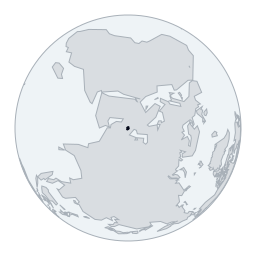 Qom highlighted on a globe, orthographic projection, rotated 125°
{"feature_id": "IRN-3232", "entity_name": "Qom", "entity_type": "Province", "adm_level": 1, "iso_a3": "IRN", "parent_name": "Iran", "parent_adm1": "", "projection": "orthographic", "projection_center": [50.771, 34.662], "detail": "fine", "context": "on_globe", "style": "filled", "palette": "ink", "viewbox_px": 256, "rotation_deg": 125, "n_neighbors": 0, "source": "natural_earth", "source_scale": "10m", "svg_char_len": 10525}
<svg xmlns="http://www.w3.org/2000/svg" viewBox="0 0 256 256"><g transform="rotate(125 128 128)"><circle cx="128" cy="128" r="113" fill="#eef3f6" stroke="#a8b0b8"/><path d="M130.2,15.4L133.0,15.6L144.8,17.4L150.1,18.1L147.7,18.1L158.7,19.9L166.1,22.3L156.8,19.6L155.1,19.4L159.7,20.8L158.9,21.0L160.7,21.9L159.4,22.0L154.0,20.8L153.1,20.9L156.4,22.0L157.1,23.0L152.5,21.4L153.3,23.1L144.5,22.0L133.1,18.7L127.3,19.3L112.9,19.4L113.3,19.9L108.0,20.8L106.5,21.8L104.3,21.8L104.9,22.7L107.2,22.5L108.3,22.9L107.6,23.6L104.7,23.7L104.6,23.3L103.3,23.7L102.2,23.5L102.4,24.0L98.9,24.1L101.2,25.1L97.5,26.1L95.5,25.9L97.2,24.5L96.6,21.5L95.1,21.4L91.2,22.4L81.0,27.0L78.7,27.7L74.5,29.6L75.1,29.7L78.5,28.3L78.6,29.3L82.8,27.7L83.5,28.0L87.3,27.3L85.1,29.0L81.0,31.3L77.7,32.1L75.8,33.2L77.6,33.9L70.3,37.3L63.4,42.8L61.7,43.7L60.7,42.2L63.9,38.1L62.5,37.3L61.8,39.6L57.5,42.2L56.2,43.5L55.4,44.6L56.4,44.4L54.6,45.8L54.7,43.7L56.3,42.4L56.3,43.0L57.8,41.2L57.8,40.3L55.6,42.0L57.5,40.2L64.5,35.0L71.9,30.3L79.6,26.3L87.6,22.9L95.8,20.1L104.3,17.9L112.8,16.4L121.5,15.5L130.2,15.4ZM16.1,140.6L16.1,141.3L16.2,141.8L16.1,140.6ZM154.0,18.8L151.5,18.2L154.2,18.8L154.0,18.8ZM161.2,22.0L162.1,22.2L162.6,22.6L161.2,22.0ZM88.2,26.4L87.7,26.8L87.3,26.7L88.2,26.4ZM90.3,25.8L90.1,25.4L91.0,25.0L90.3,25.8ZM161.1,23.3L161.6,24.0L160.2,23.0L161.1,23.3ZM90.3,26.4L92.7,24.4L94.4,23.8L96.2,24.4L90.3,26.4ZM161.3,24.3L162.7,26.4L164.9,26.9L159.3,27.0L160.0,25.0L157.9,23.6L160.1,24.4L161.3,24.3ZM108.3,22.2L105.8,22.4L108.5,21.6L108.3,22.2ZM109.8,21.6L116.7,19.2L120.0,19.5L117.1,20.1L121.9,20.1L120.2,21.4L117.1,21.7L115.3,21.2L116.0,22.1L109.8,21.6ZM156.0,26.8L155.6,27.3L155.0,26.6L156.0,26.8ZM109.0,23.1L110.0,22.5L113.0,22.6L111.4,23.8L110.9,23.4L109.0,23.1ZM124.1,19.6L126.0,20.0L125.1,21.2L125.7,21.5L120.4,21.5L124.1,19.6ZM109.9,23.7L110.5,24.5L108.4,25.1L108.1,23.7L109.9,23.7ZM114.5,22.1L115.8,22.3L114.6,22.6L114.5,22.1ZM101.4,28.1L102.7,27.2L104.4,27.1L101.4,28.1ZM110.8,24.8L111.5,24.5L112.3,24.5L112.2,25.1L110.8,24.8ZM120.1,22.3L119.4,22.8L122.3,22.4L121.7,23.4L118.3,23.2L119.5,23.7L119.3,24.0L116.7,23.6L120.1,22.3ZM114.6,25.7L110.0,26.1L107.3,27.7L105.8,27.7L110.3,25.2L114.6,25.7ZM116.1,24.4L114.8,25.2L113.5,24.8L113.6,24.0L116.1,24.4ZM122.6,24.1L124.3,22.7L125.0,22.8L122.6,24.1ZM114.0,26.2L115.1,26.1L114.0,26.3L114.0,26.2ZM120.2,24.8L120.7,24.2L121.5,24.4L120.2,24.8ZM116.9,26.5L115.5,26.5L115.5,26.0L116.9,26.5ZM118.6,25.8L119.6,26.1L116.4,25.7L118.8,25.5L118.6,25.8ZM120.9,25.0L121.5,24.9L120.5,25.2L120.9,25.0ZM117.7,28.6L113.7,28.3L113.7,27.1L117.6,27.5L117.7,28.6ZM28.8,146.3L26.7,127.3L29.5,123.1L31.3,116.0L51.6,102.4L54.5,106.2L68.9,110.1L70.5,111.8L67.3,117.0L76.9,128.4L81.8,124.7L92.0,131.5L99.8,132.9L105.2,122.4L92.5,119.9L91.8,114.1L103.2,111.4L114.5,113.9L114.6,111.7L108.7,106.0L112.6,102.5L106.8,103.7L108.2,106.1L104.6,107.0L103.1,104.9L104.5,103.7L101.5,102.1L95.5,108.7L96.2,112.0L87.5,111.2L87.9,116.7L85.1,118.4L83.3,109.9L84.4,107.2L80.0,97.1L78.0,99.7L82.0,109.6L80.2,108.4L77.5,112.5L78.1,108.4L74.2,97.3L67.2,96.2L55.9,103.6L52.3,102.5L50.2,98.3L56.6,88.1L64.0,91.9L66.4,88.7L66.8,82.5L69.0,84.3L70.1,82.3L73.1,83.6L79.3,80.6L82.6,81.5L86.9,76.0L89.2,75.8L86.0,79.0L85.6,81.9L94.1,84.6L96.3,83.8L98.4,80.1L100.5,81.4L101.4,77.6L107.2,77.5L100.9,74.5L103.2,70.5L107.7,68.3L107.3,66.6L100.0,70.3L98.1,72.3L98.2,74.8L92.1,80.4L88.7,80.5L90.9,73.0L86.4,72.5L90.1,67.2L107.6,59.9L114.0,59.4L120.7,66.6L118.2,68.8L114.5,67.2L116.2,72.3L116.9,70.1L118.6,71.4L121.2,68.3L122.6,69.1L122.8,65.0L124.7,65.6L124.6,68.2L130.1,64.7L134.6,65.3L135.2,64.2L134.6,62.8L140.8,64.8L141.0,63.9L139.0,62.8L138.0,60.4L138.8,57.0L140.9,57.9L140.9,59.2L144.1,63.6L143.9,67.3L144.8,67.3L145.5,64.3L141.6,59.0L141.5,56.8L143.7,59.0L142.9,58.0L143.5,57.2L146.0,57.3L143.7,54.8L147.3,45.6L152.6,45.2L154.2,48.0L158.9,43.5L164.6,44.0L162.7,42.9L163.8,40.5L162.0,40.2L161.2,39.6L163.1,33.9L165.1,33.5L163.9,30.5L162.9,30.0L161.3,30.1L159.3,27.0L164.9,26.9L166.8,27.9L169.0,27.4L172.9,29.9L177.2,32.0L180.1,35.4L183.3,37.0L183.8,36.7L188.4,38.8L196.1,44.9L187.6,41.3L175.5,33.9L180.3,36.9L178.5,36.7L179.8,38.2L183.2,40.5L184.0,40.4L185.9,47.7L192.7,56.0L193.9,53.4L197.0,54.3L205.7,63.0L212.3,80.0L216.5,82.6L218.3,85.4L218.1,88.7L215.4,84.7L213.2,84.8L211.7,82.2L210.5,86.6L208.4,83.1L208.5,88.6L211.0,90.6L212.8,87.7L213.9,94.3L218.7,96.9L221.8,102.6L222.2,117.0L218.8,124.0L219.2,126.1L216.5,125.5L215.0,131.2L221.5,139.0L222.0,142.1L218.5,151.0L218.1,148.9L211.1,147.1L211.2,155.1L216.6,158.2L218.5,164.0L215.0,164.1L212.9,159.1L210.4,158.3L210.0,151.6L206.0,143.3L202.4,147.1L201.7,143.1L195.7,137.0L189.9,142.1L181.4,156.2L181.9,166.4L178.2,171.8L169.9,159.3L167.1,149.6L163.5,151.3L155.4,143.9L139.7,145.1L138.0,142.5L134.9,143.9L129.3,141.3L126.9,136.9L123.2,137.1L129.8,148.8L133.8,148.5L137.8,143.9L138.9,148.0L144.4,151.4L136.4,161.6L114.1,169.7L112.8,162.0L100.4,138.7L101.2,136.3L101.2,136.0L101.1,135.5L99.1,139.3L97.2,134.6L102.9,151.0L103.5,157.5L113.7,170.2L112.5,171.3L116.1,173.8L128.7,171.4L128.5,173.9L122.1,185.0L105.5,198.1L108.2,207.2L107.9,214.2L98.8,217.3L100.9,222.3L96.3,223.0L96.8,225.5L93.9,227.2L88.5,227.9L78.1,224.8L76.4,222.6L69.7,216.6L59.9,202.2L61.5,197.3L60.1,192.0L52.7,177.4L54.2,171.3L52.5,167.5L48.7,166.4L46.9,161.8L44.7,160.4L32.0,154.1L28.8,146.3ZM43.0,111.8L42.1,113.8L43.0,111.8ZM125.6,122.2L132.9,122.9L131.2,115.8L133.9,115.5L132.3,113.3L131.0,115.3L127.4,109.2L131.1,107.3L131.1,104.2L128.6,103.8L122.3,108.4L127.4,117.0L125.1,119.8L125.6,122.2ZM57.5,42.3L57.5,42.5L56.4,43.8L56.3,43.5L57.5,42.3ZM55.8,47.9L52.9,50.1L54.9,48.3L54.1,48.2L57.1,44.4L61.0,44.0L58.7,44.7L55.8,47.9ZM62.3,39.7L59.9,41.9L62.4,39.5L62.3,39.7ZM73.2,71.2L73.6,73.1L71.5,74.9L67.3,74.5L70.2,71.8L73.2,71.2ZM74.6,75.4L77.9,68.4L80.7,68.6L78.6,69.6L80.1,70.4L77.1,72.3L76.5,79.7L74.6,81.8L67.8,79.5L71.0,78.9L70.5,77.0L74.6,75.4ZM81.6,52.7L83.1,50.4L87.1,53.8L85.3,55.6L80.9,55.1L80.6,52.7L81.6,52.7ZM93.0,28.0L93.3,27.4L94.2,27.3L94.6,27.8L93.0,28.0ZM101.9,27.7L92.6,30.8L92.4,30.2L87.1,33.1L84.7,32.7L88.3,30.8L82.4,32.8L84.7,30.9L80.7,32.6L88.8,28.3L90.6,26.9L89.5,28.6L91.7,28.9L93.2,28.6L98.6,27.0L103.4,24.4L106.4,24.6L107.1,25.4L106.4,26.0L104.7,25.7L105.0,26.8L102.0,26.8L101.9,27.7ZM114.5,38.7L112.8,37.3L112.8,40.8L109.9,40.3L110.0,40.7L107.3,41.3L104.3,42.8L103.2,42.3L102.5,43.2L100.6,43.7L99.3,44.7L96.8,44.2L95.0,45.5L94.9,44.6L92.4,46.9L93.1,45.0L90.9,45.6L91.4,47.2L81.2,43.5L76.4,43.8L72.0,45.4L73.8,42.2L79.1,38.9L85.8,36.3L90.1,36.5L90.2,35.2L92.3,35.0L91.4,36.1L94.0,34.3L95.5,34.5L101.4,33.0L104.3,30.5L106.6,30.1L106.2,31.1L108.7,29.9L109.4,31.7L111.1,31.4L113.4,33.1L111.7,35.5L113.7,35.0L115.6,36.4L114.5,38.7ZM118.3,29.1L116.9,31.8L114.7,33.0L111.5,29.7L109.9,29.7L107.8,27.9L111.2,26.4L111.4,27.0L112.5,27.3L111.0,27.6L113.0,27.5L113.5,28.4L115.2,28.7L114.3,29.4L118.3,29.1ZM73.2,110.4L74.6,111.2L76.9,111.8L75.3,114.5L73.2,110.4ZM70.4,102.9L71.8,103.0L70.6,106.9L69.2,106.2L70.4,102.9ZM73.6,100.0L72.0,102.7L72.0,100.8L73.6,100.0ZM87.4,79.0L89.0,79.1L88.8,80.0L87.4,81.1L87.4,79.0ZM113.8,50.0L113.2,48.8L113.9,48.5L114.9,45.6L117.2,45.9L117.5,47.8L113.8,50.0ZM102.5,124.0L99.7,125.7L98.7,124.4L99.9,124.1L102.5,124.0ZM86.4,120.3L89.6,122.6L85.9,121.0L86.4,120.3ZM116.4,49.8L116.5,48.6L117.6,49.5L116.4,49.8ZM118.9,46.1L120.3,46.9L117.6,45.7L118.9,46.1ZM151.2,237.8L152.3,237.7L150.4,238.1L151.2,237.8ZM127.4,214.1L121.5,225.0L116.0,224.8L114.3,221.7L116.1,215.0L122.2,213.3L125.0,210.0L127.4,214.1ZM231.1,166.8L232.3,165.6L232.1,166.1L231.1,166.8ZM230.0,167.1L231.5,165.4L229.6,168.3L230.0,167.1ZM232.0,164.7L233.5,162.0L234.1,160.5L233.9,161.5L232.0,164.7ZM228.9,168.3L222.1,174.6L219.2,175.9L220.1,173.8L224.9,170.3L228.9,168.3ZM219.8,174.0L215.0,173.1L206.6,164.6L209.7,163.3L218.0,166.3L217.6,168.0L220.5,169.3L219.8,174.0ZM230.7,156.7L230.1,161.1L226.6,164.3L224.9,165.3L223.7,161.1L224.4,157.8L225.9,156.6L230.4,142.3L232.3,142.7L231.2,148.2L232.6,150.3L230.7,156.7ZM182.4,167.2L185.4,172.2L183.3,173.8L182.4,167.2ZM231.3,133.7L230.1,139.9L230.9,132.5L231.3,133.7ZM231.2,127.4L231.8,129.3L230.6,128.2L231.2,127.4ZM220.0,129.1L218.5,130.9L218.0,129.4L219.6,126.3L220.0,129.1ZM224.1,107.5L225.8,111.9L226.1,113.7L224.6,111.7L224.1,107.5ZM136.0,52.6L132.1,56.0L130.8,59.0L132.4,61.6L128.4,59.7L130.5,54.9L136.0,52.6ZM145.7,46.3L144.3,44.4L146.0,44.4L146.5,44.8L145.7,46.3ZM144.1,45.7L140.3,44.8L140.2,43.3L143.2,44.2L144.1,45.7ZM128.2,46.9L126.9,47.9L126.1,47.0L128.2,46.9ZM214.8,199.8L217.8,195.3L218.3,194.7L220.7,190.3L227.7,179.8L233.4,166.9L234.8,163.9L237.3,155.1L237.4,154.7L235.1,162.8L232.2,170.8L228.7,178.5L224.6,186.0L219.9,193.1L214.8,199.8ZM233.8,163.2L235.7,157.8L236.4,156.3L233.8,163.2ZM240.0,140.4L239.3,143.3L239.2,142.3L239.7,139.5L238.8,140.9L239.8,136.8L240.0,139.4L240.4,134.5L240.5,133.2L240.0,140.4ZM239.2,145.3L239.4,144.7L239.1,146.4L239.2,145.3ZM237.2,148.3L237.1,149.5L236.7,149.5L237.2,148.3ZM237.8,146.6L238.7,145.3L237.6,147.7L237.8,146.6ZM233.4,150.1L233.9,152.0L235.5,148.2L234.3,152.2L235.0,154.9L234.5,156.9L233.9,153.9L233.1,159.1L232.4,160.0L232.3,156.5L233.2,150.7L233.9,147.7L236.5,142.9L233.4,150.1ZM237.9,143.5L237.6,141.2L237.7,138.7L238.1,139.6L237.9,143.5ZM236.1,135.9L234.6,134.1L233.8,136.9L235.0,129.0L236.3,132.0L236.1,135.9ZM234.1,129.7L233.4,132.3L233.8,128.0L234.1,129.7ZM232.9,131.5L232.3,129.2L233.2,128.4L232.9,131.5ZM234.6,129.0L233.9,124.6L234.8,126.5L234.6,129.0ZM230.6,124.2L233.3,125.9L230.7,127.2L228.3,119.4L229.3,117.9L230.6,124.2ZM221.9,85.2L220.4,83.4L220.7,81.7L221.6,83.4L221.9,85.2ZM220.1,75.1L220.3,80.6L220.1,85.4L221.2,85.5L223.0,89.9L220.3,87.7L218.9,81.7L219.3,78.8L217.4,75.4L216.5,71.9L213.6,68.5L212.5,66.3L215.3,68.5L220.1,75.1ZM212.3,67.2L206.9,60.9L208.2,59.6L209.7,60.6L211.6,64.0L210.8,64.5L212.3,67.2ZM206.0,59.1L205.1,59.6L195.3,53.1L193.6,51.5L201.8,55.3L201.4,56.0L203.5,58.0L206.0,59.1ZM156.8,27.6L155.7,27.3L156.6,27.2L156.8,27.6ZM160.2,39.5L159.3,38.6L160.5,38.4L160.2,39.5ZM157.4,36.1L156.7,36.9L156.6,35.6L157.4,36.1ZM155.3,39.0L156.0,37.1L156.6,39.5L155.3,39.0Z" fill="#d9dde1" stroke="#a8b0b8" stroke-width="1"/><path d="M129.6,128.2L129.1,128.4L128.6,128.4L128.5,128.5L128.4,128.5L128.3,129.0L128.1,129.0L127.9,128.9L127.5,128.9L127.4,128.8L127.3,128.7L127.2,128.6L127.3,128.5L127.2,128.4L126.9,128.3L126.8,128.2L127.0,128.0L127.0,127.9L127.1,127.7L127.4,127.7L127.5,127.6L127.8,127.5L127.9,127.4L127.9,127.1L128.0,127.0L128.0,126.9L128.5,126.9L128.9,127.0L129.8,127.6L129.8,127.8L129.8,128.0L129.7,128.2L129.6,128.2Z" fill="#0f172a" stroke="#020617" stroke-width="1.5"/></g></svg>